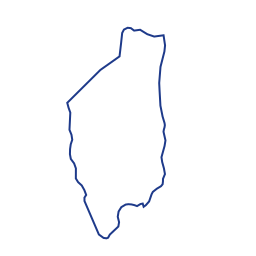 outline of Adjumani, rotated 155°
{"feature_id": "UGA-3079", "entity_name": "Adjumani", "entity_type": "District", "adm_level": 1, "iso_a3": "UGA", "parent_name": "Uganda", "parent_adm1": "", "projection": "natural_earth1", "projection_center": [31.782, 3.228], "detail": "fine", "context": "isolated", "style": "outline", "palette": "blue", "viewbox_px": 256, "rotation_deg": 155, "n_neighbors": 0, "source": "natural_earth", "source_scale": "10m", "svg_char_len": 1040}
<svg xmlns="http://www.w3.org/2000/svg" viewBox="0 0 256 256"><g transform="rotate(155 128 128)"><path d="M192.4,37.0L194.1,37.1L196.6,38.7L199.4,43.8L199.4,44.0L198.3,80.2L196.9,83.3L194.2,85.0L193.8,90.2L194.2,95.5L196.1,100.0L196.6,104.3L192.3,113.4L191.8,118.7L192.9,124.1L191.7,128.8L189.4,133.4L186.8,137.4L183.5,140.9L182.1,145.7L181.8,151.1L173.8,166.3L173.3,171.5L172.4,176.5L128.5,192.3L105.4,196.5L98.6,207.5L93.1,216.6L90.1,218.9L86.0,219.0L83.2,217.3L81.3,213.7L75.5,211.9L70.9,204.9L65.6,199.8L56.6,197.0L59.5,187.2L62.7,181.9L72.7,169.7L80.7,155.6L83.4,149.0L89.2,134.5L91.8,123.8L92.8,117.0L93.4,115.0L94.6,113.2L96.1,111.5L97.4,109.6L99.3,100.9L102.5,96.2L110.0,87.4L111.4,82.7L112.5,76.2L114.0,70.6L117.8,67.1L118.9,64.8L120.4,62.4L122.7,61.3L127.5,60.8L132.5,59.6L134.6,58.0L139.9,52.5L144.5,50.5L147.1,50.0L146.6,53.3L148.8,53.8L152.8,53.4L154.8,55.4L157.2,57.3L159.9,58.8L162.5,59.6L167.5,59.1L171.8,56.3L174.8,51.9L175.9,46.4L178.4,42.8L189.5,39.1L192.4,37.0Z" fill="none" stroke="#1e3a8a" stroke-width="2"/></g></svg>